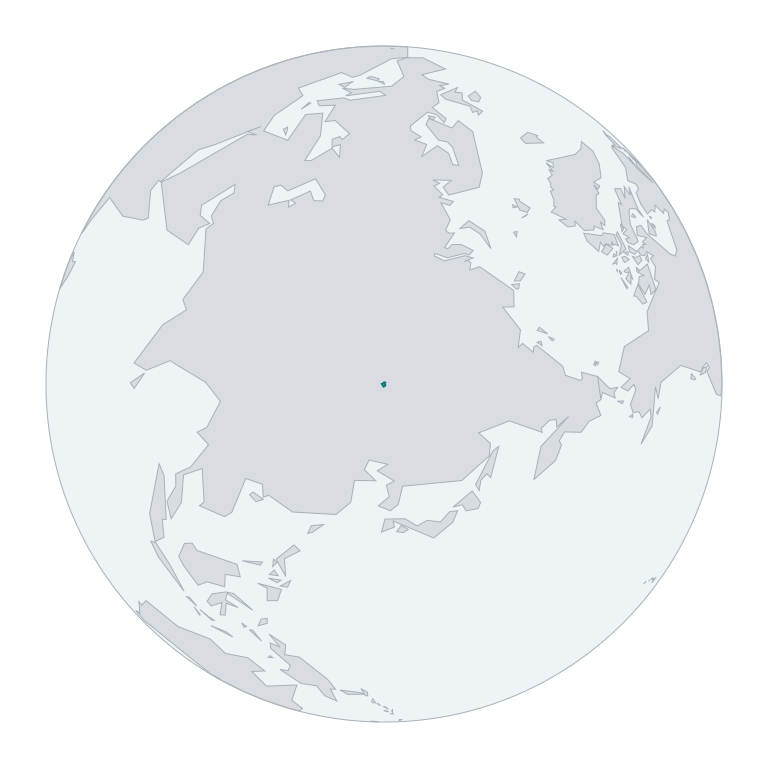 Darhan-Uul highlighted on a globe, orthographic projection, rotated 55°
{"feature_id": "MNG-3328", "entity_name": "Darhan-Uul", "entity_type": "Municipality", "adm_level": 1, "iso_a3": "MNG", "parent_name": "Mongolia", "parent_adm1": "", "projection": "orthographic", "projection_center": [106.217, 49.455], "detail": "fine", "context": "on_globe", "style": "filled", "palette": "teal", "viewbox_px": 768, "rotation_deg": 55, "n_neighbors": 0, "source": "natural_earth", "source_scale": "10m", "svg_char_len": 12609}
<svg xmlns="http://www.w3.org/2000/svg" viewBox="0 0 768 768"><g transform="rotate(55 384 384)"><circle cx="384" cy="384" r="338" fill="#eef3f6" stroke="#a8b0b8"/><path d="M578.6,107.7L579.0,108.1L586.9,114.7L583.2,117.6L558.9,112.3L557.1,108.0L551.5,107.8L553.3,113.6L555.9,117.6L539.0,130.3L541.5,156.3L553.4,167.9L542.1,163.3L572.2,188.5L580.7,208.0L564.2,184.1L557.2,180.3L559.6,192.1L553.0,191.0L550.3,196.3L542.2,194.0L533.2,181.0L527.7,179.5L529.7,188.1L522.8,191.8L520.7,179.3L508.5,184.7L491.2,165.6L492.1,136.7L475.7,127.0L458.7,100.4L453.5,102.3L443.7,94.4L434.0,93.8L433.6,89.7L426.2,92.9L428.4,96.8L425.9,99.6L420.4,99.9L418.9,94.5L421.4,93.6L418.1,92.1L419.8,89.4L415.8,90.9L414.7,84.8L407.6,91.3L399.9,86.8L401.4,82.6L411.9,82.5L441.4,75.1L446.2,72.1L442.3,67.3L412.5,58.6L413.3,56.0L406.6,52.8L401.3,54.0L404.6,57.1L393.0,59.3L398.4,63.5L394.5,65.3L395.8,70.5L384.2,70.5L372.0,67.8L370.3,63.8L365.0,62.8L357.3,67.7L345.1,61.9L321.5,61.9L319.6,60.8L332.6,55.6L356.2,52.3L373.2,48.3L350.5,51.9L346.2,50.1L340.6,50.5L334.0,51.6L331.1,52.9L327.2,52.9L348.1,48.5L352.0,48.5L345.3,49.6L356.4,48.4L370.5,46.7L367.2,46.6L380.2,46.1L406.6,46.8L432.8,49.6L458.8,54.5L484.3,61.3L509.1,70.1L533.2,80.8L556.4,93.4L578.6,107.7ZM700.5,278.6L698.0,274.7L698.6,272.9L700.5,278.6ZM697.0,275.3L697.8,276.0L697.2,276.0L697.0,275.3ZM697.0,277.3L697.0,275.9L697.3,278.0L697.0,277.3ZM697.3,280.6L697.0,278.6L697.1,279.0L697.3,280.6ZM696.7,284.2L696.4,285.0L695.9,282.6L696.7,284.2ZM558.1,119.7L554.0,113.9L554.8,109.5L559.0,114.3L558.1,119.7ZM555.7,129.6L551.9,126.2L558.6,125.6L558.6,127.7L555.7,129.6ZM563.5,176.9L561.4,170.8L565.7,177.3L563.5,176.9ZM551.4,197.4L554.1,199.7L551.5,201.5L551.4,197.4ZM402.2,70.3L399.1,70.4L400.4,69.4L402.2,70.3ZM405.7,72.7L409.5,71.4L411.7,72.4L409.3,73.1L405.7,72.7ZM536.8,200.0L531.9,202.6L535.3,197.6L536.8,200.0ZM400.5,74.1L415.2,74.3L419.0,76.1L413.1,80.6L400.5,74.1ZM528.0,202.7L516.2,209.9L521.2,215.3L500.5,204.7L517.3,201.7L520.8,194.5L522.8,200.4L528.0,202.7ZM431.5,98.0L428.9,93.8L436.1,97.2L431.5,98.0ZM436.8,99.5L462.7,107.1L463.8,113.9L454.9,109.7L460.4,118.8L448.2,118.3L442.4,113.2L444.1,108.8L438.1,112.1L436.8,99.5ZM490.9,198.1L486.7,198.1L489.4,195.6L490.9,198.1ZM425.4,101.1L430.6,101.8L431.9,107.6L421.8,107.3L424.6,105.5L425.4,101.1ZM467.8,121.7L467.0,126.2L456.9,127.0L455.2,128.9L448.0,118.9L467.8,121.7ZM421.5,104.3L416.7,107.0L411.0,104.6L420.5,100.8L421.5,104.3ZM436.5,109.4L436.6,112.2L433.3,110.5L436.5,109.4ZM388.3,98.4L394.4,98.7L395.6,101.6L388.3,98.4ZM415.3,108.3L417.2,109.1L418.4,110.4L414.1,111.8L415.3,108.3ZM441.3,120.3L437.3,119.9L443.8,124.4L436.5,125.5L433.0,118.8L431.4,122.2L429.2,122.6L428.8,116.7L441.3,120.3ZM413.3,117.3L406.3,109.7L394.7,108.3L393.3,105.5L412.2,108.3L413.3,117.3ZM422.4,117.4L416.5,116.6L417.7,113.3L422.6,111.8L422.4,117.4ZM432.8,128.9L444.9,128.9L445.3,130.4L432.8,128.9ZM409.6,117.5L411.4,119.3L408.7,117.7L409.6,117.5ZM425.4,126.0L429.6,125.7L429.9,127.4L425.4,126.0ZM411.4,123.5L409.2,120.9L412.4,119.7L411.4,123.5ZM417.6,125.1L417.0,127.6L414.9,120.8L419.5,124.7L417.6,125.1ZM425.0,127.7L426.5,128.6L423.1,127.6L425.0,127.7ZM400.4,129.9L397.0,121.7L404.2,118.8L406.5,127.1L400.4,129.9ZM121.4,171.3L130.0,177.1L121.9,191.3L117.2,226.9L114.8,233.8L104.6,240.0L92.5,284.4L101.3,284.9L101.0,319.7L107.7,337.4L129.1,323.1L118.3,293.7L127.0,278.7L144.3,293.7L155.4,320.6L159.2,315.7L161.1,291.2L172.8,290.5L162.8,282.3L160.1,290.7L153.8,286.1L155.9,278.3L159.9,278.1L159.2,268.7L140.1,272.9L135.3,281.9L127.7,263.9L119.0,277.5L113.7,276.2L126.5,253.0L132.2,248.9L148.5,217.1L141.8,219.5L126.0,250.1L126.8,243.7L117.7,248.4L125.3,239.9L144.4,207.0L143.6,191.4L126.8,187.9L129.6,178.5L139.2,165.0L161.2,153.0L152.4,175.5L160.1,172.6L175.5,158.8L171.5,167.2L176.6,164.6L174.6,173.1L185.1,177.6L185.1,185.9L202.1,180.9L204.5,184.8L193.7,186.4L186.3,192.4L187.8,214.3L191.8,216.6L202.8,211.9L201.8,218.9L212.2,211.7L219.4,222.4L219.4,203.6L232.2,198.7L243.6,202.0L247.8,197.3L229.3,192.1L222.0,193.2L215.6,199.4L195.6,200.8L192.2,194.9L213.2,181.5L210.9,172.0L228.2,166.6L267.6,182.4L277.4,193.2L266.4,222.5L256.7,222.7L255.8,212.1L244.8,227.0L251.4,223.3L250.6,229.5L262.6,227.3L262.7,231.7L274.2,222.5L275.6,227.6L268.2,233.4L287.3,235.5L293.6,245.6L297.9,244.1L300.7,239.6L306.9,256.0L309.8,254.2L308.9,248.1L314.1,240.7L325.7,234.3L327.2,240.3L323.2,243.4L317.1,259.4L306.3,267.4L308.1,269.3L317.8,263.8L325.3,244.2L331.8,238.7L329.7,248.1L330.9,244.2L334.7,243.4L339.8,248.4L342.7,238.4L381.7,224.1L395.4,233.2L389.1,242.6L417.9,241.2L431.1,253.1L430.2,247.2L443.5,243.6L439.5,239.7L440.1,236.7L472.2,227.4L480.9,230.4L493.7,221.2L493.3,218.4L487.6,215.5L500.5,204.7L521.2,215.3L521.2,221.1L534.2,224.4L532.2,237.4L536.6,250.2L526.8,263.6L531.1,273.2L535.7,273.5L545.1,287.3L548.2,315.9L525.2,291.3L516.5,251.3L518.3,267.1L511.8,263.4L508.7,269.2L510.5,280.8L514.5,282.1L486.1,302.5L478.3,334.5L493.7,330.9L503.2,338.9L507.7,375.6L478.4,427.4L490.8,441.4L491.5,451.4L480.6,458.7L479.3,444.3L468.3,440.1L469.3,431.2L451.3,439.3L451.9,427.0L437.7,439.9L443.0,449.3L458.6,446.2L446.0,463.5L461.8,479.0L463.4,498.2L436.4,532.3L409.1,542.2L407.4,547.8L396.6,541.1L382.1,551.4L401.9,582.4L401.2,590.7L377.8,605.0L377.4,599.1L349.0,581.4L343.4,600.3L364.9,618.0L372.3,635.6L355.6,629.0L348.1,613.0L338.1,606.2L341.0,590.0L333.1,562.6L316.3,564.7L317.9,554.0L304.4,527.9L280.4,529.1L242.1,546.0L236.4,570.8L223.4,576.7L208.6,531.3L209.9,503.2L199.5,500.4L188.5,467.8L154.9,440.9L154.6,431.5L147.3,429.1L140.2,412.5L141.5,397.5L135.1,391.3L133.0,431.0L140.3,437.8L152.6,434.6L150.1,446.3L157.6,464.4L133.4,473.5L90.9,450.7L94.3,430.0L101.1,352.3L105.1,348.2L105.4,347.5L106.0,346.1L98.8,351.2L102.6,336.8L90.8,385.7L85.6,402.1L90.2,451.1L87.9,451.5L91.7,464.3L112.9,481.9L111.4,487.6L96.7,501.7L73.9,501.8L81.3,528.7L87.1,544.8L84.9,541.2L74.2,519.0L65.2,496.1L57.9,472.6L52.3,448.7L48.5,424.4L46.5,399.9L46.2,375.3L47.7,350.8L51.0,326.4L56.1,302.3L62.9,278.7L71.4,255.6L81.6,233.2L93.3,211.6L106.6,191.0L121.4,171.3ZM115.5,183.4L112.5,186.3L115.5,183.4ZM159.4,360.8L171.0,376.3L179.1,356.3L184.3,360.8L185.2,352.6L179.7,354.8L183.7,333.7L193.6,336.3L199.0,329.0L195.3,323.5L176.6,322.4L170.6,352.1L162.3,354.2L159.4,360.8ZM345.0,50.3L343.2,50.7L336.5,51.6L339.6,50.8L345.0,50.3ZM307.5,59.6L302.0,59.4L308.0,58.7L311.2,57.1L327.8,54.2L319.5,60.1L320.3,57.7L307.5,59.6ZM347.7,52.9L338.1,53.5L348.9,52.7L347.7,52.9ZM207.2,144.6L202.1,149.6L196.4,149.9L196.6,141.3L204.8,140.4L207.2,144.6ZM196.3,156.8L217.1,146.8L217.9,152.4L214.0,150.9L212.4,155.5L205.6,154.4L186.0,170.2L179.6,171.7L183.3,153.7L185.5,158.5L190.4,153.0L196.3,156.8ZM268.9,117.6L278.0,115.0L268.0,130.2L260.7,131.0L260.3,121.9L268.7,115.7L268.9,117.6ZM387.2,82.7L391.3,81.9L391.8,83.2L388.6,85.0L387.2,82.7ZM391.1,98.3L369.8,88.1L373.4,86.5L356.5,83.3L359.5,78.0L370.3,80.1L360.0,74.0L371.0,73.8L362.9,70.4L386.7,75.6L396.1,75.7L384.4,77.5L381.4,82.2L383.0,84.3L394.3,90.6L413.1,93.9L413.1,99.7L408.2,102.9L403.7,103.0L405.1,99.1L398.0,102.1L396.6,96.5L391.1,98.3ZM349.9,146.5L353.4,140.4L339.0,148.4L337.5,141.6L335.9,143.0L330.6,139.2L321.4,137.1L322.3,133.8L318.4,134.5L314.8,132.2L309.6,132.1L309.4,126.4L303.1,125.9L306.6,123.6L295.8,124.4L303.7,121.3L299.8,118.5L294.2,123.0L305.6,95.7L304.2,87.8L298.7,83.2L313.1,79.3L327.4,81.6L339.6,87.9L338.9,96.5L345.5,93.6L347.1,97.0L341.2,97.9L351.2,98.6L351.0,101.8L361.8,109.3L376.5,109.2L380.8,112.3L375.0,113.9L383.4,115.9L375.3,121.3L378.2,123.7L373.1,131.9L360.0,134.2L364.3,136.8L360.6,143.5L349.9,146.5ZM398.6,132.1L383.3,135.6L375.0,133.9L387.4,120.6L385.9,117.7L393.5,109.8L405.4,112.6L402.1,114.5L401.7,117.1L398.2,115.2L400.7,118.7L396.3,121.6L397.0,125.2L391.9,125.3L398.6,132.1ZM118.7,235.5L118.1,239.9L118.6,245.6L112.8,249.0L118.7,235.5ZM131.3,212.9L131.7,215.7L123.8,222.5L124.4,218.3L131.3,212.9ZM138.7,211.8L132.3,215.4L136.1,210.9L138.7,211.8ZM194.8,189.0L196.0,192.0L193.5,193.8L189.7,193.9L194.8,189.0ZM306.9,171.1L310.2,167.2L312.2,167.9L323.6,163.3L325.6,168.2L319.5,173.0L306.9,171.1ZM123.5,321.6L117.6,320.3L118.3,315.7L120.2,317.1L123.5,321.6ZM111.9,283.0L111.4,294.3L110.4,283.8L111.9,283.0ZM311.0,175.7L315.4,173.1L313.7,177.2L311.0,175.7ZM327.7,171.7L326.8,176.2L327.2,168.3L327.7,171.7ZM104.0,573.2L98.1,562.0L105.1,569.1L106.8,566.5L114.5,581.2L120.0,594.9L104.0,573.2ZM457.5,667.4L467.7,666.8L467.3,667.7L457.5,667.4ZM447.0,665.7L458.6,664.7L444.9,667.8L447.0,665.7ZM463.1,664.2L475.0,660.7L480.1,658.5L479.1,660.4L463.1,664.2ZM439.1,666.6L396.0,668.0L379.0,665.1L383.0,662.0L410.6,663.1L439.1,666.6ZM381.7,661.8L355.7,650.3L320.3,614.0L332.9,616.7L370.0,640.2L367.6,643.2L383.4,652.2L381.7,661.8ZM444.7,642.2L442.1,651.7L418.4,652.3L407.6,651.1L400.1,638.9L404.3,632.5L413.2,632.6L447.5,607.8L459.5,612.4L448.9,623.2L458.7,630.9L444.7,642.2ZM237.7,573.8L244.3,591.2L237.4,591.0L237.7,573.8ZM461.4,589.3L447.5,601.5L460.2,585.7L461.4,589.3ZM468.9,574.3L469.7,579.9L464.1,575.0L468.9,574.3ZM407.0,556.3L397.6,557.6L397.4,553.2L409.3,549.0L407.0,556.3ZM464.5,514.1L464.4,527.6L462.6,532.3L458.4,524.7L464.5,514.1ZM334.5,218.8L316.4,219.2L304.7,223.8L300.2,232.6L298.8,220.8L316.8,213.7L334.5,218.8ZM375.7,222.6L379.5,215.5L383.0,218.8L382.6,220.9L375.7,222.6ZM374.3,218.1L369.3,209.1L374.8,205.3L377.7,213.1L374.3,218.1ZM339.4,191.2L333.9,190.9L335.5,187.4L339.4,191.2ZM532.8,687.4L531.7,687.8L524.5,691.3L532.6,687.0L521.6,692.5L517.9,693.3L506.3,697.0L440.6,715.9L426.8,717.3L431.6,715.3L421.6,709.5L426.2,709.3L424.9,703.2L464.4,691.9L493.2,672.7L513.7,668.4L530.1,652.6L550.7,646.2L543.7,657.2L564.0,653.6L580.6,628.0L590.2,640.9L603.0,637.0L603.2,640.9L595.3,647.7L575.4,662.5L554.6,675.7L532.8,687.4ZM652.6,588.0L654.8,585.4L657.5,582.5L653.9,587.1L652.6,588.0ZM668.3,563.9L669.1,563.3L668.1,564.9L668.3,563.9ZM667.4,564.8L669.3,561.3L668.6,563.2L667.4,564.8ZM657.5,568.2L659.2,565.5L659.7,565.6L657.5,568.2ZM482.6,664.4L496.8,655.3L504.4,653.0L482.6,664.4ZM655.5,568.1L651.5,571.6L652.1,570.1L655.5,568.1ZM656.0,565.1L655.7,563.8L657.8,565.3L656.0,565.1ZM648.6,568.3L653.3,566.9L648.0,569.2L648.6,568.3ZM645.6,571.3L642.1,572.9L642.4,572.1L645.6,571.3ZM603.1,602.9L616.7,604.5L605.3,611.4L592.6,612.3L581.9,623.5L558.2,633.0L563.8,626.9L560.8,622.1L535.8,628.4L530.8,625.8L539.8,620.1L523.1,621.6L541.4,614.2L548.8,620.6L559.1,610.0L576.6,604.7L593.3,599.7L606.3,598.7L603.1,602.9ZM541.2,633.1L544.3,632.1L541.5,635.5L541.2,633.1ZM635.3,573.8L640.4,573.7L639.8,575.1L637.2,576.5L635.3,573.8ZM609.4,595.6L623.6,580.0L626.9,578.0L617.4,591.7L609.4,595.6ZM620.3,577.6L626.8,574.4L630.1,576.1L628.7,578.0L620.3,577.6ZM503.7,635.7L503.0,638.3L498.1,637.5L503.7,635.7ZM510.0,632.8L524.4,631.7L508.6,635.2L510.0,632.8ZM465.6,632.3L469.8,637.7L483.5,631.7L473.1,638.9L482.2,646.7L479.0,650.7L470.0,642.1L466.6,652.9L460.5,653.5L457.3,645.1L463.5,633.0L469.5,627.3L494.1,621.2L465.6,632.3ZM509.9,625.7L506.1,619.5L508.9,614.1L513.1,616.9L509.9,625.7ZM494.5,604.0L484.1,596.8L474.7,601.8L493.5,585.8L500.4,595.4L494.5,604.0ZM485.5,585.4L476.7,590.0L485.7,580.9L485.5,585.4ZM474.4,587.2L473.3,580.7L480.3,580.6L474.4,587.2ZM490.0,584.9L491.4,573.3L495.1,579.4L490.0,584.9ZM470.0,565.8L485.2,574.9L465.7,572.9L464.2,550.0L472.5,548.5L470.0,565.8ZM512.2,458.2L509.8,451.0L517.1,447.6L516.7,453.5L512.2,458.2ZM538.7,431.6L518.3,444.4L501.5,455.1L507.1,457.5L503.9,471.0L495.2,460.7L506.4,444.1L519.3,438.3L520.4,426.9L529.4,416.9L526.3,403.5L530.0,396.3L536.7,406.9L538.7,431.6ZM524.4,398.0L522.3,373.1L536.3,372.8L540.0,378.1L535.0,389.5L527.9,389.0L524.4,398.0ZM525.9,367.2L518.9,366.6L501.2,332.9L500.9,325.8L521.9,350.3L516.5,351.2L518.4,359.9L525.9,367.2ZM488.4,201.2L486.9,198.4L490.5,200.1L488.4,201.2ZM437.6,234.7L439.0,230.9L443.3,232.6L437.6,234.7ZM445.3,221.4L439.5,222.1L445.0,218.9L445.3,221.4ZM426.6,224.2L436.9,221.1L428.0,227.7L426.6,224.2Z" fill="#d9dde1" stroke="#a8b0b8" stroke-width="1"/><path d="M383.7,381.8L383.7,382.2L383.7,382.3L383.6,382.5L383.4,382.7L383.4,382.9L383.3,383.0L383.5,383.1L383.8,383.2L383.9,383.3L384.1,383.4L384.3,383.5L384.6,383.6L384.9,383.4L385.0,383.3L385.1,383.1L385.6,383.3L385.8,383.4L385.9,383.5L386.0,383.5L386.2,383.8L386.3,384.1L386.2,384.5L386.2,384.8L386.2,385.1L386.2,385.4L386.2,385.9L385.9,386.0L385.5,386.2L385.0,386.0L384.8,385.9L384.7,385.8L384.5,385.6L384.3,385.6L384.2,385.6L383.8,385.9L383.6,386.0L383.4,386.1L383.2,386.1L382.8,386.0L382.7,386.0L382.4,385.9L382.5,385.7L382.6,385.3L382.6,384.9L382.7,384.3L382.8,384.2L382.8,383.9L382.8,383.7L382.7,383.6L382.6,383.4L382.6,383.1L382.5,382.9L382.8,382.6L383.0,382.4L383.2,382.2L383.3,382.0L383.4,381.9L383.7,381.8Z" fill="#14b8a6" stroke="#0f766e" stroke-width="1.5"/></g></svg>